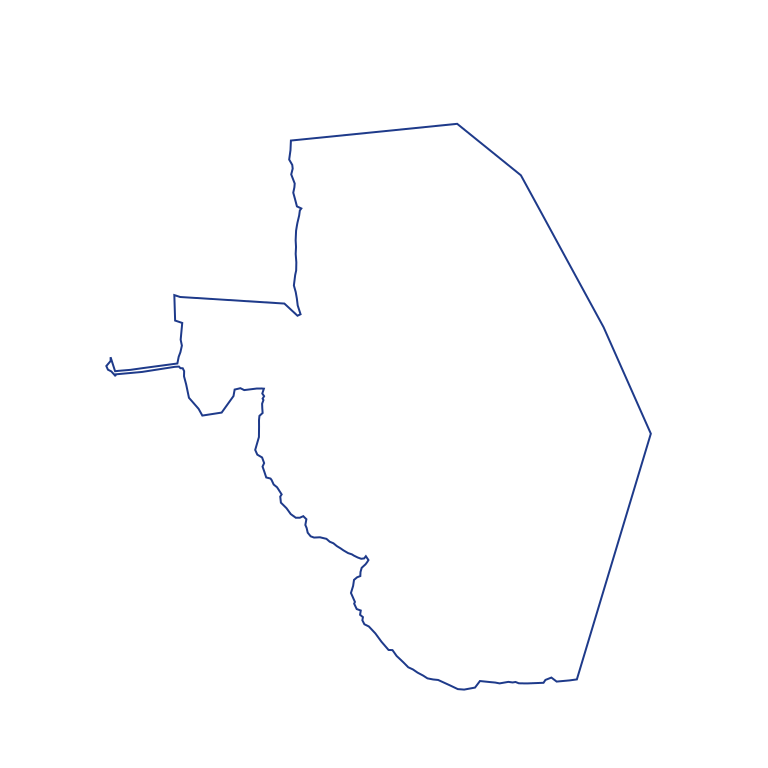 the district of Ngetkib, Palau, rotated 17°
{"feature_id": "81905179B7485238607741", "entity_name": "Ngetkib", "entity_type": "district", "adm_level": 2, "iso_a3": "PLW", "parent_name": "Palau", "parent_adm1": "", "projection": "orthographic", "projection_center": [134.51, 7.364], "detail": "fine", "context": "isolated", "style": "outline", "palette": "blue", "viewbox_px": 768, "rotation_deg": 17, "n_neighbors": 0, "source": "geoboundaries", "source_scale": "gbopen_adm2", "svg_char_len": 2337}
<svg xmlns="http://www.w3.org/2000/svg" viewBox="0 0 768 768"><g transform="rotate(17 384 384)"><path d="M223.8,178.4L226.2,187.7L227.7,197.1L232.2,201.3L233.7,204.7L234.0,210.7L240.0,218.4L240.8,222.1L241.3,227.6L244.6,232.8L248.8,239.6L253.6,240.3L252.8,242.7L253.6,247.6L254.1,255.3L254.4,257.9L255.1,263.1L257.5,272.4L259.8,278.7L261.5,285.4L264.6,293.3L266.8,301.1L267.2,305.8L269.0,316.1L272.7,321.9L275.7,327.8L278.5,334.1L283.8,341.7L281.3,344.0L265.2,336.2L163.6,360.4L157.5,360.3L165.7,384.4L173.2,384.6L176.6,401.1L179.5,406.4L180.0,413.1L179.7,418.0L180.4,424.8L148.1,439.6L137.4,444.6L126.6,448.9L123.1,450.4L114.7,438.3L115.6,441.1L115.8,442.0L113.2,448.0L115.8,451.0L119.6,451.7L120.4,452.2L125.1,455.0L124.1,453.4L149.1,443.2L179.0,428.7L182.8,427.3L184.7,428.4L186.9,427.8L189.1,430.1L190.5,435.1L194.9,442.2L201.5,454.2L214.0,462.0L219.5,467.3L237.1,458.8L243.6,439.5L242.8,433.0L247.9,430.0L252.1,430.7L263.5,425.6L268.2,424.1L270.5,423.6L270.4,428.7L272.9,430.7L272.2,433.5L273.4,434.6L273.2,438.5L274.7,442.8L276.4,447.2L274.2,450.9L275.0,455.0L277.0,461.4L279.9,471.3L280.1,484.7L283.5,488.6L286.4,489.3L288.9,489.9L292.5,494.7L292.0,498.5L294.8,502.3L298.7,507.8L303.1,507.6L304.5,508.6L307.9,512.4L311.9,514.0L318.4,519.5L317.7,522.0L320.1,527.6L327.1,531.3L332.9,535.7L338.8,537.7L342.6,536.5L345.4,534.0L349.3,536.0L350.0,541.8L352.1,544.3L354.5,548.5L358.4,551.1L362.0,551.3L367.6,549.3L371.2,549.1L374.2,548.9L378.2,550.7L382.2,551.1L386.3,552.8L390.6,553.9L393.7,554.9L399.1,556.2L403.1,556.3L405.3,556.9L409.6,557.6L413.3,557.8L416.0,556.6L417.0,554.0L420.6,556.9L420.0,559.2L419.1,561.7L416.4,566.3L416.5,570.7L417.5,574.6L414.8,576.7L412.6,580.1L413.5,586.1L413.5,593.5L419.9,600.9L419.7,602.8L423.7,607.2L428.0,607.4L428.6,611.7L432.0,613.1L432.4,616.3L435.5,619.5L440.4,620.3L448.6,625.0L456.9,631.2L466.1,637.0L469.9,636.0L475.6,640.4L483.9,644.5L490.0,647.8L495.1,648.5L500.5,650.2L506.7,651.4L511.6,652.8L517.3,652.2L522.3,651.2L535.1,652.9L543.8,654.2L550.0,652.8L559.8,647.7L562.6,640.0L572.3,638.1L577.6,637.0L582.1,636.5L590.0,632.5L594.3,631.8L596.9,630.5L600.4,630.8L608.1,628.6L623.9,623.1L624.9,619.8L629.9,615.8L636.1,618.1L648.1,613.2L654.8,610.1L653.7,353.5L577.4,265.5L521.9,211.1L482.1,172.0L453.9,144.4L377.9,113.8L223.8,178.4Z" fill="none" stroke="#1e3a8a" stroke-width="2"/></g></svg>